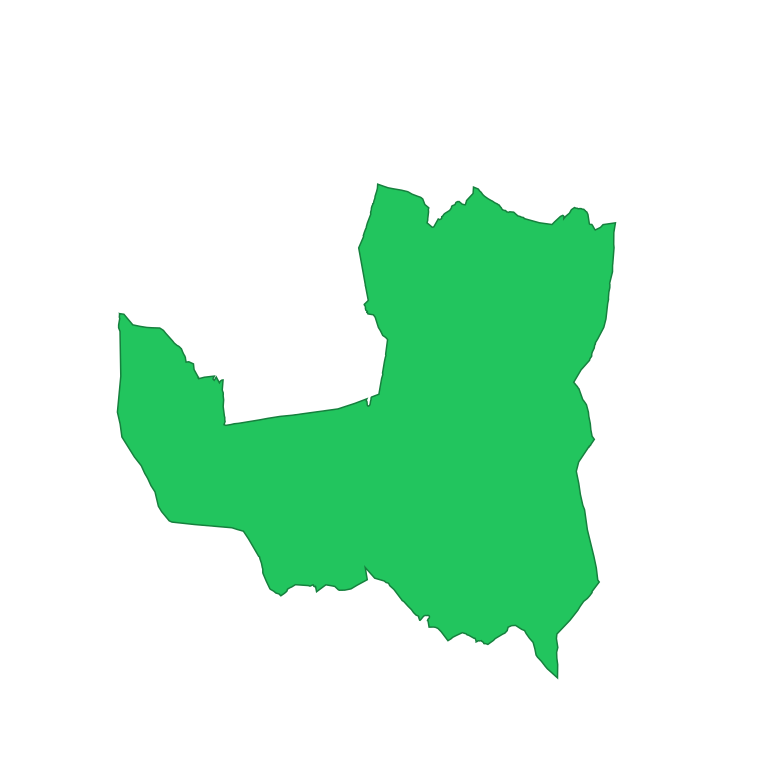 Lund nor, Rogaland, Norway, rotated 111°
{"feature_id": "86288312B14474209678121", "entity_name": "Lund nor", "entity_type": "district", "adm_level": 2, "iso_a3": "NOR", "parent_name": "Norway", "parent_adm1": "Rogaland", "projection": "robinson", "projection_center": [6.449, 58.464], "detail": "fine", "context": "isolated", "style": "filled", "palette": "green", "viewbox_px": 768, "rotation_deg": 111, "n_neighbors": 0, "source": "geoboundaries", "source_scale": "gbopen_adm2", "svg_char_len": 6147}
<svg xmlns="http://www.w3.org/2000/svg" viewBox="0 0 768 768"><g transform="rotate(111 384 384)"><path d="M168.1,371.0L174.2,369.1L182.4,372.4L183.6,372.7L184.6,372.4L185.4,372.5L186.3,372.3L187.7,372.5L188.1,375.4L186.7,379.4L187.5,380.5L187.4,380.8L188.8,381.9L191.1,382.0L193.0,384.0L193.8,384.5L195.7,384.2L198.4,384.9L202.8,388.2L204.1,388.9L206.3,389.4L207.1,390.1L208.8,389.5L209.1,389.6L210.6,390.9L210.5,392.5L219.5,393.8L220.4,395.1L218.1,401.6L215.2,401.9L214.4,402.3L207.7,404.0L206.4,404.5L205.5,405.1L203.5,405.3L201.8,410.2L197.4,414.1L196.7,416.2L196.6,416.8L196.7,420.2L196.7,425.9L196.0,430.1L196.0,431.2L196.8,437.2L198.4,445.2L199.4,450.8L199.7,461.5L203.6,460.3L206.8,459.9L211.9,459.6L213.8,459.1L216.6,459.0L219.1,458.6L219.8,459.1L220.6,458.8L222.1,459.0L224.3,458.8L225.8,458.3L228.6,458.0L230.3,457.2L239.7,457.2L243.1,456.9L244.8,456.5L245.7,456.7L249.4,456.7L252.0,456.5L252.6,456.6L253.8,455.9L266.0,456.4L298.2,436.9L298.9,436.7L299.6,436.1L311.5,428.7L312.5,429.0L316.6,430.9L317.1,430.9L317.9,429.6L319.8,428.4L320.3,428.4L321.6,427.4L321.9,426.3L322.1,426.0L322.3,425.5L322.6,425.5L323.0,425.8L323.3,425.7L323.2,425.3L323.7,424.6L324.3,424.1L323.2,418.7L324.9,416.1L333.2,409.5L335.5,406.5L339.1,402.6L339.9,399.2L341.2,396.6L355.7,393.1L356.7,392.4L358.6,392.3L362.5,391.7L374.3,389.3L375.5,388.5L379.7,388.2L395.4,385.1L400.7,391.0L401.5,391.1L403.4,390.5L404.9,390.4L408.0,389.7L408.9,389.8L410.1,390.4L410.4,390.8L409.9,391.8L409.4,392.3L407.7,393.0L406.3,393.8L406.2,394.6L405.0,394.8L404.0,394.7L412.4,404.1L423.8,418.1L446.1,458.6L451.5,469.4L457.9,480.5L461.8,486.8L472.8,505.6L474.8,509.6L476.8,512.5L479.3,516.8L479.3,518.8L476.1,518.9L475.7,519.0L475.0,519.6L472.2,520.7L471.2,521.5L462.6,526.1L456.3,528.0L452.5,530.0L451.4,530.3L449.8,531.0L448.2,532.4L447.4,532.9L437.9,535.7L438.4,536.7L439.9,537.8L441.9,538.1L437.6,543.1L441.4,543.8L440.8,545.3L440.2,545.5L439.4,545.6L438.6,545.3L437.4,545.2L442.1,554.2L443.9,556.7L445.4,558.9L444.4,559.5L444.7,559.9L443.8,560.3L438.6,566.5L433.5,569.1L433.2,574.2L434.5,576.6L431.7,578.3L430.5,578.9L429.4,579.9L428.8,580.5L428.4,581.2L426.3,583.4L423.8,585.7L422.6,588.4L422.3,589.4L422.2,590.9L421.0,594.4L419.5,596.9L414.8,606.1L413.3,608.6L412.9,609.5L412.1,613.4L414.5,620.3L416.2,625.7L417.6,632.3L418.8,639.7L412.1,651.8L413.0,655.9L413.2,655.6L413.5,655.5L413.8,655.8L414.2,655.8L415.0,655.4L415.4,655.4L416.7,654.9L417.5,654.2L424.0,652.9L426.6,651.9L429.5,649.3L471.1,632.5L505.8,622.8L515.9,616.0L527.4,609.7L541.6,590.8L547.3,581.3L553.2,575.3L556.8,570.8L562.4,565.1L566.8,559.1L579.0,550.8L582.9,545.8L588.7,535.5L588.9,532.5L583.0,510.2L572.7,474.4L572.4,469.1L571.8,462.5L577.2,454.9L589.8,439.2L590.0,438.2L591.6,437.2L595.2,434.2L599.0,431.8L600.1,430.9L603.6,429.5L604.3,429.0L610.2,423.3L616.1,417.1L616.4,416.3L616.9,412.8L617.9,410.0L617.6,406.9L618.7,404.4L614.9,401.8L612.6,400.6L611.9,400.4L610.5,400.6L609.4,400.1L609.1,399.7L608.3,399.2L606.5,397.4L603.1,394.8L599.2,382.1L599.3,381.3L599.1,380.5L596.9,378.3L596.9,377.9L598.0,377.0L598.1,376.1L597.5,375.4L602.1,372.5L592.3,366.3L591.1,360.3L590.6,357.4L592.5,352.8L592.5,351.7L590.5,346.8L587.1,341.4L581.6,337.1L572.7,329.5L562.0,335.8L568.6,323.1L567.8,313.1L568.6,310.9L568.3,309.1L568.8,307.8L570.2,306.4L572.2,301.2L579.3,289.8L579.6,289.6L580.0,287.5L583.0,281.6L584.8,277.5L586.8,274.5L588.2,271.4L588.3,269.2L588.6,268.3L589.3,268.1L591.7,266.1L591.7,265.7L590.7,265.2L586.8,263.9L585.9,263.3L585.3,262.6L584.7,260.7L584.3,260.3L584.2,259.8L584.2,259.2L584.4,258.6L584.7,258.3L585.5,258.0L586.3,258.0L587.8,258.6L589.3,258.6L589.3,258.0L589.5,257.9L594.8,254.8L593.0,250.2L592.7,248.5L592.9,245.9L594.7,242.0L600.7,232.3L597.7,230.0L595.9,229.1L593.2,226.7L588.1,221.8L587.8,217.7L588.4,216.5L588.2,215.0L589.1,208.9L588.8,208.1L588.8,207.8L590.8,206.0L591.4,205.6L591.7,205.6L591.5,205.2L589.9,204.0L589.7,202.9L588.7,201.1L589.2,200.5L589.2,199.7L589.5,199.3L589.5,198.9L589.7,198.4L590.5,197.8L590.5,197.4L589.9,195.8L589.9,193.7L584.1,189.9L581.9,189.0L574.9,183.5L573.3,181.9L570.1,180.6L566.6,181.0L563.8,178.2L562.2,174.6L563.7,167.6L563.8,164.4L566.0,161.9L569.2,157.1L571.8,152.2L577.4,148.1L582.5,144.9L584.0,142.8L586.4,137.8L589.9,132.1L591.4,129.3L596.2,116.7L583.7,121.3L578.0,124.4L572.6,126.7L567.7,127.3L559.9,131.8L555.5,133.0L537.9,125.7L525.9,122.0L521.3,121.2L515.4,119.7L511.3,117.3L507.8,116.0L504.2,115.0L503.1,115.4L491.7,112.1L490.4,114.2L479.6,119.9L470.0,126.1L447.2,141.9L429.5,151.7L426.0,154.9L416.7,161.1L407.1,166.5L396.6,173.2L387.0,174.3L368.9,170.2L369.0,170.0L368.3,170.0L367.9,169.7L367.7,169.4L367.3,169.4L367.0,169.2L366.8,169.3L360.3,167.8L358.2,171.0L352.6,174.5L347.1,177.2L340.8,181.2L337.0,183.1L330.8,187.6L328.9,190.3L328.4,191.2L328.0,191.6L327.4,192.8L318.5,200.4L318.2,201.2L317.0,202.7L316.6,203.6L314.4,207.5L300.2,205.1L288.3,200.6L287.2,200.8L285.4,200.6L284.4,200.2L283.3,200.1L282.8,200.5L280.9,200.9L279.6,201.0L275.1,200.6L272.6,201.2L270.7,201.0L270.4,201.3L269.7,201.4L265.2,200.6L252.4,199.1L243.8,200.1L228.8,204.0L224.6,204.7L223.0,205.4L217.6,207.0L213.2,207.7L210.1,208.8L209.7,209.2L208.6,209.5L197.3,210.9L191.2,213.2L189.8,213.5L174.3,218.1L171.3,219.6L160.3,223.7L150.6,225.7L156.7,236.6L160.2,238.0L164.5,242.0L164.3,242.5L161.2,246.2L160.6,247.2L161.1,248.7L161.1,249.4L160.5,249.9L152.6,254.4L150.7,256.4L150.6,257.4L150.0,258.3L149.9,258.9L149.3,260.1L149.6,260.9L149.6,261.2L149.7,261.9L149.6,262.8L149.8,263.1L149.9,263.8L150.8,265.4L150.7,266.8L151.1,267.8L151.0,269.4L154.1,271.5L158.1,272.1L162.2,274.4L165.2,275.4L163.0,276.1L162.6,276.9L162.5,277.5L164.3,279.3L171.4,282.8L174.9,284.3L177.8,296.7L179.3,312.3L179.0,312.6L178.6,313.4L179.0,315.4L178.8,316.8L178.9,317.5L179.1,319.6L178.5,320.7L178.1,322.0L177.7,322.9L177.1,324.5L178.2,328.4L179.1,329.2L179.2,330.3L179.3,330.7L179.3,331.1L178.5,332.7L178.8,333.7L178.9,335.5L178.3,336.8L177.5,337.6L176.7,339.2L176.2,339.8L175.6,340.8L175.7,341.6L175.3,342.5L175.1,345.5L174.4,348.3L174.3,349.7L173.8,353.0L172.7,357.4L171.7,359.8L170.2,362.0L169.5,363.9L168.2,365.8L168.1,371.0Z" fill="#22c55e" stroke="#15803d" stroke-width="1.5"/></g></svg>